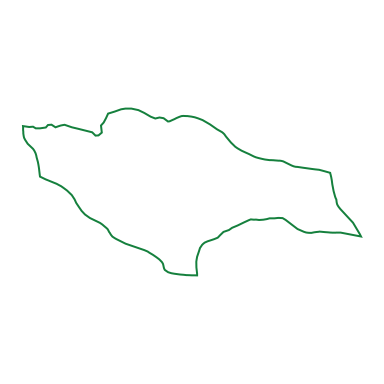 outline of Mahaxay, Khammouan, Laos
{"feature_id": "54806243B31598332414602", "entity_name": "Mahaxay", "entity_type": "district", "adm_level": 2, "iso_a3": "LAO", "parent_name": "Laos", "parent_adm1": "Khammouan", "projection": "mercator", "projection_center": [105.318, 17.348], "detail": "fine", "context": "isolated", "style": "outline", "palette": "green", "viewbox_px": 384, "rotation_deg": 0, "n_neighbors": 0, "source": "geoboundaries", "source_scale": "gbopen_adm2", "svg_char_len": 2857}
<svg xmlns="http://www.w3.org/2000/svg" viewBox="0 0 384 384"><path d="M330.1,172.8L324.4,171.2L319.2,169.8L315.4,169.4L312.2,169.0L302.8,167.7L300.1,167.3L297.3,166.9L295.6,166.8L293.6,166.3L291.6,165.5L285.7,162.6L283.3,161.4L281.8,161.0L280.8,160.8L279.9,160.7L278.8,160.7L277.6,160.6L276.4,160.5L272.9,160.2L269.4,160.1L264.9,159.5L262.1,158.9L258.4,158.0L255.9,157.3L253.7,156.4L248.9,154.0L245.3,152.4L241.6,150.7L237.5,148.3L235.2,146.7L233.8,145.3L231.0,142.6L229.0,140.2L226.0,136.6L224.3,134.2L223.4,133.3L222.1,132.2L217.0,129.3L210.0,124.4L202.6,120.1L198.2,118.4L194.8,117.3L191.4,116.6L187.6,116.1L184.6,116.0L183.5,115.9L181.5,116.1L179.5,116.8L178.3,117.3L176.4,118.1L174.5,119.1L172.0,120.2L170.5,120.9L169.6,121.3L168.0,121.5L163.6,118.2L159.5,117.5L155.3,118.5L150.7,116.7L144.2,112.9L138.4,110.1L131.4,108.6L125.4,108.6L121.1,109.3L114.6,111.6L108.1,113.6L106.0,118.2L103.7,122.5L101.0,125.5L101.8,132.6L98.5,135.4L95.5,135.6L92.2,132.3L78.2,128.8L71.9,127.3L64.6,124.8L62.8,125.1L60.8,125.5L58.6,126.2L55.5,127.3L51.5,124.7L48.0,125.0L45.8,127.5L40.2,128.3L35.7,128.3L33.0,126.7L29.2,127.0L23.0,126.1L23.1,127.2L23.1,128.6L23.1,128.9L23.1,130.0L23.3,131.8L23.3,133.3L23.5,134.8L23.8,136.6L24.1,137.8L25.1,139.8L27.7,143.8L33.0,148.8L34.2,150.5L35.5,153.1L35.9,154.3L36.3,155.7L36.6,157.3L37.9,162.0L38.4,164.6L38.7,166.4L39.0,168.4L39.7,174.5L40.0,176.6L45.5,179.3L56.8,183.9L58.8,185.0L61.1,186.2L63.5,187.9L67.0,190.5L71.8,195.1L74.6,199.4L76.2,202.9L79.0,207.1L81.7,211.0L85.0,214.5L89.9,218.0L100.0,222.9L102.3,224.5L104.4,226.3L106.2,227.8L107.5,229.0L108.3,230.3L109.0,231.8L109.9,233.0L110.8,234.6L112.4,236.6L114.8,238.2L116.4,239.1L117.8,239.8L125.6,243.7L144.3,250.1L147.6,251.5L149.5,252.8L152.9,254.8L156.4,257.2L159.2,259.3L160.6,260.7L162.1,262.3L163.0,263.9L163.4,265.5L163.7,267.0L164.1,268.5L164.8,269.9L166.5,271.1L168.1,272.2L171.3,273.2L174.1,273.7L180.0,274.5L183.7,274.8L186.3,275.1L189.4,275.2L191.3,275.3L193.2,275.3L197.1,275.4L197.1,273.7L196.4,267.4L196.3,261.7L196.6,259.7L197.1,256.8L199.1,250.9L200.0,248.0L201.1,246.4L202.0,245.0L203.2,243.8L204.7,242.6L207.6,241.3L210.7,240.3L214.0,239.2L217.7,237.7L218.6,236.8L220.0,235.3L223.5,231.9L227.0,230.7L229.0,230.0L232.1,227.8L237.6,225.5L244.2,222.3L249.0,220.1L250.8,219.4L253.9,219.7L256.0,219.6L259.1,220.0L263.3,219.7L266.8,219.1L269.7,218.3L274.7,218.3L278.3,217.9L282.6,218.1L285.6,219.9L297.5,229.0L303.9,231.8L306.1,232.5L308.4,232.8L311.3,232.9L314.2,232.3L316.5,232.0L318.5,231.8L319.6,231.6L324.8,232.1L327.6,232.3L330.9,232.6L333.8,232.7L337.0,232.6L339.5,232.6L340.6,232.6L361.0,236.5L359.8,234.1L353.0,222.7L340.3,209.0L338.8,207.1L337.8,205.6L337.1,204.2L336.7,202.5L336.3,199.4L335.8,198.5L335.1,196.6L333.6,191.1L332.3,184.3L331.8,180.4L331.2,177.1L330.6,174.6L330.1,172.9L330.1,172.8Z" fill="none" stroke="#15803d" stroke-width="2"/></svg>